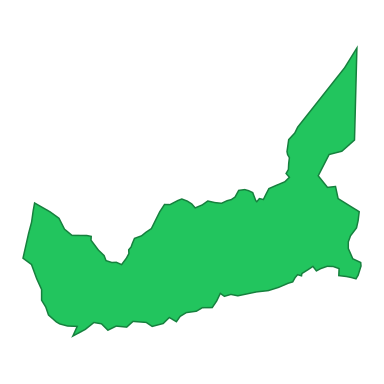 the district of Kato Platres, Limassol, Cyprus
{"feature_id": "46923920B17078755342050", "entity_name": "Kato Platres", "entity_type": "district", "adm_level": 2, "iso_a3": "CYP", "parent_name": "Cyprus", "parent_adm1": "Limassol", "projection": "robinson", "projection_center": [32.832, 34.888], "detail": "fine", "context": "isolated", "style": "filled", "palette": "green", "viewbox_px": 384, "rotation_deg": 0, "n_neighbors": 0, "source": "geoboundaries", "source_scale": "gbopen_adm2", "svg_char_len": 1794}
<svg xmlns="http://www.w3.org/2000/svg" viewBox="0 0 384 384"><path d="M356.9,48.0L344.6,67.8L297.7,127.1L294.8,133.0L288.7,139.6L287.0,151.6L287.6,154.6L289.4,157.7L288.7,163.5L288.4,169.5L286.1,173.5L289.4,177.3L284.8,181.8L276.2,185.4L268.9,188.6L266.1,194.0L263.4,199.5L259.4,198.6L256.8,201.7L255.7,200.5L252.7,192.6L248.7,190.7L244.7,189.6L238.7,190.4L235.0,197.1L231.3,199.6L227.1,200.7L221.5,203.3L214.9,202.6L207.8,201.0L202.3,204.9L195.2,207.9L191.7,203.9L187.3,201.1L181.8,199.0L177.9,200.5L170.0,204.6L164.5,204.5L159.8,211.7L155.9,219.5L151.4,228.6L145.9,232.3L141.6,235.8L134.5,238.4L132.3,243.6L131.1,247.0L128.7,249.8L128.9,253.6L126.4,258.2L121.6,264.6L116.3,262.3L111.8,262.5L106.0,260.6L104.1,255.6L98.4,250.1L91.0,240.2L91.2,236.4L86.8,235.5L72.0,235.4L64.5,229.2L59.0,218.3L50.0,211.8L34.6,203.0L33.2,210.7L31.6,222.1L28.6,233.4L23.0,258.2L31.5,264.5L36.7,278.7L41.6,289.5L41.6,300.2L45.8,307.1L48.5,315.0L56.3,321.9L59.7,323.9L67.5,326.0L77.2,326.4L73.0,335.8L72.9,336.0L85.3,329.4L93.9,322.5L101.5,323.8L107.9,330.2L116.2,326.1L126.7,327.1L133.0,321.4L146.2,322.4L152.2,326.4L163.2,323.5L169.3,317.5L176.4,321.7L180.1,316.4L186.3,312.6L196.4,311.2L202.3,307.7L212.2,307.6L216.6,301.1L220.3,293.4L224.4,296.3L230.9,294.4L237.8,295.8L256.5,291.9L268.3,290.6L278.5,287.4L288.0,283.3L292.7,281.9L295.1,277.6L297.6,274.7L301.5,275.8L301.9,273.5L308.6,269.3L312.9,266.4L316.4,270.9L320.7,268.6L327.2,266.3L333.2,266.5L339.1,268.6L338.8,275.6L346.4,276.5L351.3,277.5L356.0,278.8L357.1,276.9L358.1,275.3L361.0,266.0L360.7,262.5L352.8,258.8L348.3,248.5L348.3,241.9L350.5,235.8L356.5,227.9L358.1,220.7L359.2,211.7L351.4,206.9L338.1,198.6L335.5,186.5L327.5,187.4L318.2,175.8L329.1,154.5L341.9,151.2L354.5,140.0L356.9,48.0Z" fill="#22c55e" stroke="#15803d" stroke-width="1.5"/></svg>